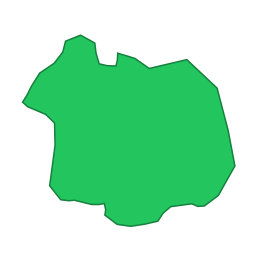 Daegu, orthographic projection, rotated 83°
{"feature_id": "KOR-2504", "entity_name": "Daegu", "entity_type": "Metropolitan City", "adm_level": 1, "iso_a3": "KOR", "parent_name": "South Korea", "parent_adm1": "", "projection": "orthographic", "projection_center": [128.628, 35.889], "detail": "fine", "context": "isolated", "style": "filled", "palette": "green", "viewbox_px": 256, "rotation_deg": 83, "n_neighbors": 0, "source": "natural_earth", "source_scale": "10m", "svg_char_len": 679}
<svg xmlns="http://www.w3.org/2000/svg" viewBox="0 0 256 256"><g transform="rotate(83 128 128)"><path d="M178.7,26.5L206.0,46.6L214.7,61.7L214.3,68.3L211.0,73.9L211.3,95.2L216.8,103.5L224.1,109.7L225.5,123.0L225.9,137.3L222.3,150.6L211.6,161.6L206.5,160.1L200.1,160.7L200.4,166.2L199.5,173.3L193.1,190.2L193.0,195.6L191.0,203.5L175.8,212.8L136.3,202.5L114.2,200.3L104.5,208.0L94.7,225.0L89.5,229.5L83.2,224.3L74.8,218.8L62.8,209.0L54.7,193.3L44.7,183.5L34.2,179.4L30.1,163.8L39.6,150.6L49.8,150.6L60.8,148.8L63.7,140.8L65.0,132.4L59.0,130.2L52.5,129.1L59.8,112.6L71.5,99.7L67.3,61.3L99.3,34.7L142.7,28.9L178.7,26.5Z" fill="#22c55e" stroke="#15803d" stroke-width="1.5"/></g></svg>